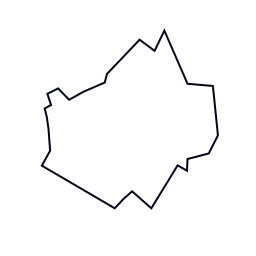 Tepelenë, Gjirokastër, Albania (Mercator projection), rotated 254°
{"feature_id": "67620474B25662331989090", "entity_name": "Tepelenë", "entity_type": "district", "adm_level": 2, "iso_a3": "ALB", "parent_name": "Albania", "parent_adm1": "Gjirokastër", "projection": "mercator", "projection_center": [19.977, 40.343], "detail": "fine", "context": "isolated", "style": "outline", "palette": "ink", "viewbox_px": 256, "rotation_deg": 254, "n_neighbors": 0, "source": "geoboundaries", "source_scale": "gbopen_adm2", "svg_char_len": 469}
<svg xmlns="http://www.w3.org/2000/svg" viewBox="0 0 256 256"><g transform="rotate(254 128 128)"><path d="M115.5,34.8L54.5,93.1L61.2,104.4L66.0,114.5L44.4,128.3L78.4,165.4L70.7,172.9L81.8,176.7L81.3,198.6L96.1,212.4L145.0,221.2L154.1,197.4L211.6,189.8L194.8,174.8L209.7,163.5L185.7,122.6L178.1,118.2L175.2,95.6L171.4,79.2L185.3,71.7L183.1,59.9L171.4,60.4L169.7,53.3L161.1,53.0L148.9,51.3L127.7,46.9L115.5,34.8Z" fill="none" stroke="#020617" stroke-width="2"/></g></svg>